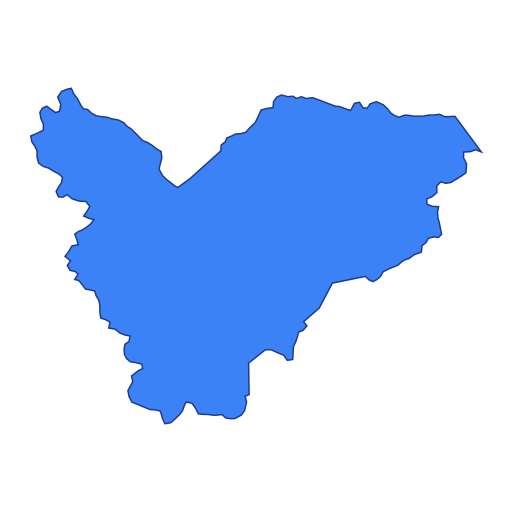 the district of Matos Costa, Santa Catarina, Brazil
{"feature_id": "56859067B2594470752105", "entity_name": "Matos Costa", "entity_type": "district", "adm_level": 2, "iso_a3": "BRA", "parent_name": "Brazil", "parent_adm1": "Santa Catarina", "projection": "mercator", "projection_center": [-51.158, -26.497], "detail": "fine", "context": "isolated", "style": "filled", "palette": "blue", "viewbox_px": 512, "rotation_deg": 0, "n_neighbors": 0, "source": "geoboundaries", "source_scale": "gbopen_adm2", "svg_char_len": 3106}
<svg xmlns="http://www.w3.org/2000/svg" viewBox="0 0 512 512"><path d="M132.0,402.2L150.2,409.6L155.8,409.9L160.5,411.2L162.4,418.2L164.9,423.7L170.7,422.8L175.1,418.9L180.0,414.1L182.5,410.8L183.9,406.7L186.1,402.0L192.0,403.2L195.7,408.5L198.4,413.9L203.1,414.4L207.1,414.4L214.8,415.3L222.2,414.6L225.6,417.9L230.6,418.7L235.0,418.5L241.3,415.1L244.5,410.8L245.6,406.2L246.6,401.8L245.1,396.3L249.1,394.6L248.6,363.1L265.3,349.8L271.3,349.8L277.1,352.5L283.7,355.2L287.3,360.3L292.7,359.5L293.1,352.4L293.5,346.4L296.0,341.2L297.3,337.0L298.6,332.1L302.9,330.5L306.9,325.9L303.7,321.6L319.2,308.1L332.4,283.1L365.3,276.4L369.2,280.0L373.0,281.6L376.6,279.7L380.3,276.6L383.0,271.9L387.1,269.7L392.6,267.3L397.9,265.2L401.3,262.1L404.7,259.9L409.0,258.5L414.2,254.7L421.3,252.1L422.1,245.6L425.8,242.8L428.4,238.3L433.8,236.9L438.4,237.5L441.6,234.2L440.3,227.8L439.3,222.6L437.8,217.4L437.6,211.6L438.6,206.6L432.2,206.4L427.0,204.2L426.7,199.0L432.2,196.6L436.9,192.5L436.7,185.9L440.8,181.9L445.9,183.3L450.8,182.5L454.6,180.2L459.7,177.1L465.9,172.9L466.6,164.0L463.6,157.9L463.6,152.1L470.6,151.6L475.5,149.7L481.3,151.9L455.0,116.4L444.7,116.7L439.5,114.3L434.1,115.0L429.2,115.0L423.9,116.1L418.6,116.2L413.0,116.1L408.4,115.3L404.3,115.2L399.0,117.3L394.1,115.3L390.7,112.9L387.5,108.8L383.2,104.7L376.4,101.7L370.2,103.8L367.2,108.1L363.0,107.9L359.5,102.3L354.5,103.3L350.6,110.5L344.2,108.3L339.3,106.5L335.3,106.2L312.8,97.7L306.0,98.5L301.4,96.7L296.7,98.5L292.8,96.2L287.9,96.7L281.4,95.0L276.9,97.1L273.6,101.4L273.0,107.6L266.7,108.5L261.1,110.0L258.5,115.8L255.3,122.4L249.7,127.9L245.9,132.2L240.7,133.7L235.7,134.0L231.2,136.2L226.8,138.0L225.2,141.9L221.2,145.0L220.8,150.9L189.8,178.8L177.6,187.6L174.1,185.4L170.2,182.3L166.8,179.7L162.6,175.7L159.0,169.0L160.5,163.2L161.8,157.8L161.1,151.5L156.5,148.8L151.6,145.0L147.7,142.6L142.6,140.5L137.9,135.7L133.9,131.7L131.0,128.8L127.2,126.4L123.6,122.6L118.3,120.0L111.7,118.8L106.3,117.1L101.8,116.7L96.3,115.8L91.4,113.1L87.5,109.4L83.5,109.0L80.6,104.8L77.6,98.8L73.7,93.8L71.3,88.3L67.1,89.2L61.6,91.4L57.7,97.1L60.8,104.5L59.5,111.2L55.6,112.6L50.9,109.3L46.8,106.2L42.4,108.2L39.9,112.3L40.9,118.5L43.4,124.3L43.3,130.2L36.9,133.4L30.7,136.0L32.0,142.2L34.7,146.0L37.0,150.6L37.1,157.3L38.6,163.1L43.3,166.4L48.8,168.2L53.5,171.2L58.6,173.8L62.4,177.1L61.6,182.5L58.6,186.9L56.1,191.6L58.5,196.9L63.0,197.1L67.2,194.7L72.2,198.8L79.5,201.2L86.0,201.5L89.8,206.6L86.5,212.1L83.7,216.1L89.0,218.3L93.9,219.7L90.5,224.0L86.0,227.6L82.2,230.0L78.2,231.6L74.8,234.2L76.7,239.0L78.2,244.7L72.0,245.9L68.8,251.4L65.0,256.4L70.5,260.7L67.3,265.5L70.1,270.4L75.0,271.4L78.2,274.0L74.7,279.5L78.8,280.5L82.5,285.0L85.5,289.1L89.7,289.8L94.6,290.9L96.1,295.6L99.1,300.9L99.9,306.6L99.9,312.4L100.8,318.1L105.3,319.5L110.0,322.1L108.7,328.1L114.9,329.1L120.0,333.1L124.9,335.0L130.1,336.0L129.0,341.5L124.9,344.3L124.1,349.3L124.5,354.6L126.6,358.6L130.2,361.7L136.2,362.7L141.8,364.1L142.6,368.6L138.4,370.6L131.5,376.0L132.8,381.7L130.2,386.4L127.9,390.7L129.1,396.8L132.0,402.2Z" fill="#3b82f6" stroke="#1e3a8a" stroke-width="1.5"/></svg>